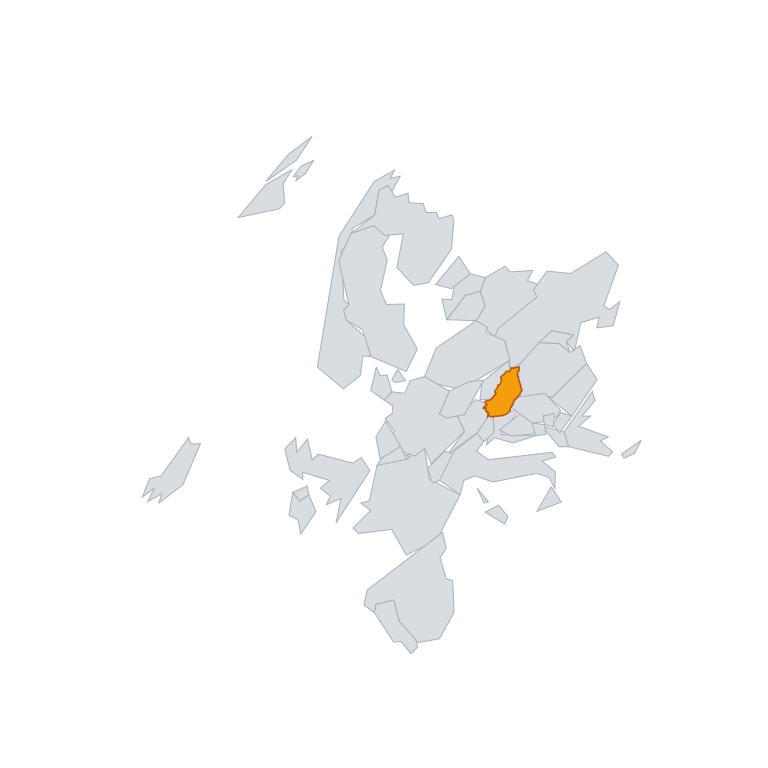 Europe, with Hungary highlighted, rotated 314°
{"feature_id": "HUN", "entity_name": "Hungary", "entity_type": "country or territory", "adm_level": 0, "iso_a3": "HUN", "parent_name": "Europe", "parent_adm1": "", "projection": "natural_earth1", "projection_center": [19.424, 47.153], "detail": "fine", "context": "in_parent", "style": "filled", "palette": "amber", "viewbox_px": 768, "rotation_deg": 314, "n_neighbors": 37, "source": "natural_earth", "source_scale": "50m", "svg_char_len": 10010}
<svg xmlns="http://www.w3.org/2000/svg" viewBox="0 0 768 768"><g transform="rotate(314 384 384)"><path d="M402.6,163.5L445.0,160.4L474.5,169.0L458.1,172.2L445.3,186.7L437.2,187.0L402.6,163.5ZM544.7,251.4L527.0,256.0L529.6,249.4L520.1,245.7L499.2,259.9L473.8,253.1L464.0,262.1L450.3,260.6L416.7,296.7L416.5,303.9L409.0,303.7L403.7,312.9L405.2,342.8L394.7,355.5L389.7,349.3L373.5,361.0L352.3,358.2L349.9,324.3L459.0,249.0L522.7,236.3L545.4,243.1L536.4,245.5L544.7,251.4ZM512.1,160.3L484.1,165.5L447.5,158.3L483.0,155.7L512.1,160.3ZM495.7,178.0L481.1,181.4L469.3,179.4L473.9,177.3L469.8,174.7L483.4,173.0L495.7,178.0Z" fill="#d9dde1" stroke="#a8b0b8" stroke-width="1"/><path d="M320.6,435.5L365.7,458.2L346.9,482.8L357.2,515.7L307.8,530.5L276.4,518.7L284.8,490.5L258.8,469.6L258.8,461.7L283.8,462.2L282.3,450.1L289.8,454.6L320.6,435.5ZM367.9,538.8L373.8,523.2L371.7,541.0L367.9,538.8Z" fill="#d9dde1" stroke="#a8b0b8" stroke-width="1"/><path d="M394.7,355.5L408.3,331.0L403.7,312.9L409.0,303.7L416.5,303.9L441.3,265.8L469.5,255.6L490.7,266.6L494.0,284.9L481.2,287.7L475.3,300.3L448.7,316.6L442.9,330.5L455.7,343.1L440.3,356.9L432.3,383.6L408.5,391.3L394.7,355.5Z" fill="#d9dde1" stroke="#a8b0b8" stroke-width="1"/><path d="M530.9,382.9L552.9,389.3L552.4,397.0L569.1,412.2L557.9,415.1L562.5,425.4L552.8,433.6L494.6,430.9L493.7,406.4L510.3,402.5L517.6,388.7L530.9,382.9Z" fill="#d9dde1" stroke="#a8b0b8" stroke-width="1"/><path d="M594.0,494.4L607.0,496.4L585.1,508.5L572.2,498.0L581.6,492.3L564.8,483.0L539.9,498.2L541.0,485.9L550.9,486.1L538.7,467.8L506.7,471.9L483.1,464.5L498.1,443.1L494.6,430.9L503.0,427.6L552.8,433.6L555.5,426.0L578.5,422.9L593.1,441.5L633.3,451.9L632.2,470.2L593.1,487.7L594.0,494.4Z" fill="#d9dde1" stroke="#a8b0b8" stroke-width="1"/><path d="M493.7,406.4L496.6,419.2L491.7,421.3L499.0,440.2L488.8,458.1L433.7,443.2L416.9,416.1L417.5,408.0L446.1,396.6L493.7,406.4Z" fill="#d9dde1" stroke="#a8b0b8" stroke-width="1"/><path d="M440.1,467.8L431.7,483.3L419.9,486.0L376.4,478.7L405.8,474.8L411.8,459.7L436.1,460.6L440.1,467.8Z" fill="#d9dde1" stroke="#a8b0b8" stroke-width="1"/><path d="M521.3,466.7L538.7,467.8L550.9,486.1L541.0,485.9L536.0,496.2L534.6,481.9L521.3,466.7Z" fill="#d9dde1" stroke="#a8b0b8" stroke-width="1"/><path d="M536.0,496.2L547.9,498.3L539.5,515.6L491.1,514.3L467.5,489.3L492.1,468.0L521.3,466.7L534.6,481.9L536.0,496.2Z" fill="#d9dde1" stroke="#a8b0b8" stroke-width="1"/><path d="M517.6,388.7L510.3,402.5L493.7,406.4L473.8,384.4L504.2,380.9L517.6,388.7Z" fill="#d9dde1" stroke="#a8b0b8" stroke-width="1"/><path d="M523.2,369.5L530.9,382.9L517.6,388.7L504.2,380.9L473.8,384.4L485.3,366.7L491.7,374.3L506.1,364.5L523.2,369.5Z" fill="#d9dde1" stroke="#a8b0b8" stroke-width="1"/><path d="M527.7,349.2L523.2,369.5L499.4,366.3L491.4,352.1L527.7,349.2Z" fill="#d9dde1" stroke="#a8b0b8" stroke-width="1"/><path d="M417.5,408.0L424.2,435.9L400.9,444.8L411.8,459.7L405.8,474.8L359.6,473.2L365.7,458.2L353.7,456.2L349.2,446.3L349.9,428.0L357.2,424.0L360.2,408.7L368.5,410.4L374.3,405.2L372.6,395.4L383.9,395.2L391.7,405.4L404.7,400.5L417.5,408.0Z" fill="#d9dde1" stroke="#a8b0b8" stroke-width="1"/><path d="M488.5,509.8L491.1,514.3L539.5,515.6L535.3,534.2L491.5,541.5L488.5,509.8Z" fill="#d9dde1" stroke="#a8b0b8" stroke-width="1"/><path d="M522.2,608.1L508.2,612.3L497.3,608.3L498.9,603.6L522.2,608.1ZM474.7,546.9L523.3,539.1L518.7,547.2L498.3,548.7L504.4,554.8L488.8,553.4L501.6,582.1L493.4,579.1L493.9,595.7L488.0,595.8L467.1,560.3L474.7,546.9Z" fill="#d9dde1" stroke="#a8b0b8" stroke-width="1"/><path d="M474.7,546.9L467.1,560.3L460.5,553.5L463.4,526.7L474.7,546.9Z" fill="#d9dde1" stroke="#a8b0b8" stroke-width="1"/><path d="M436.4,485.2L460.4,498.9L429.2,503.5L452.2,529.0L431.2,517.8L421.9,500.7L411.3,500.0L436.4,485.2Z" fill="#d9dde1" stroke="#a8b0b8" stroke-width="1"/><path d="M377.5,474.2L383.6,485.4L356.9,493.1L346.5,487.7L353.4,474.0L377.5,474.2Z" fill="#d9dde1" stroke="#a8b0b8" stroke-width="1"/><path d="M347.0,446.7L349.9,453.4L345.7,452.7L347.0,446.7Z" fill="#d9dde1" stroke="#a8b0b8" stroke-width="1"/><path d="M350.6,439.1L345.7,452.7L320.6,435.5L341.2,432.0L350.6,439.1Z" fill="#d9dde1" stroke="#a8b0b8" stroke-width="1"/><path d="M358.5,410.9L350.6,439.1L327.4,433.4L340.3,415.0L358.5,410.9Z" fill="#d9dde1" stroke="#a8b0b8" stroke-width="1"/><path d="M212.9,535.6L220.1,531.2L235.4,541.0L223.9,560.3L226.5,577.4L218.0,591.1L208.7,590.7L210.7,575.3L205.1,570.1L212.9,535.6Z" fill="#d9dde1" stroke="#a8b0b8" stroke-width="1"/><path d="M221.8,588.2L223.9,560.3L235.4,541.0L220.1,531.2L212.9,535.6L211.1,523.0L224.2,515.1L318.0,529.1L309.3,542.7L298.0,545.1L287.2,563.8L290.2,570.1L268.6,592.9L239.3,600.9L221.8,588.2Z" fill="#d9dde1" stroke="#a8b0b8" stroke-width="1"/><path d="M252.1,406.8L245.1,423.7L218.2,428.3L226.4,417.3L223.7,406.7L242.7,393.7L241.2,404.8L252.1,406.8Z" fill="#d9dde1" stroke="#a8b0b8" stroke-width="1"/><path d="M384.4,481.0L412.9,485.2L413.8,495.1L400.0,497.4L401.8,511.4L451.5,552.3L450.8,558.3L438.3,551.3L439.8,568.3L427.6,579.3L431.5,567.6L425.5,555.7L389.2,530.4L381.2,513.3L370.1,508.4L357.2,515.7L353.4,490.8L384.4,481.0ZM398.7,582.5L426.2,575.7L422.2,593.5L398.7,582.5ZM362.2,545.8L376.5,550.7L374.7,565.3L367.0,568.2L362.2,545.8Z" fill="#d9dde1" stroke="#a8b0b8" stroke-width="1"/><path d="M383.9,395.2L372.6,395.4L370.1,379.1L390.6,366.9L387.5,375.5L392.6,380.0L383.9,395.2ZM404.1,383.5L401.4,397.1L393.1,391.3L392.2,387.0L404.1,383.5Z" fill="#d9dde1" stroke="#a8b0b8" stroke-width="1"/><path d="M252.1,406.8L241.2,404.8L242.7,393.7L257.4,399.7L252.1,406.8ZM276.8,411.7L264.0,386.9L259.0,391.8L256.6,376.6L268.3,357.8L284.1,357.7L274.2,368.7L291.1,367.4L279.7,385.0L288.0,385.6L305.4,416.7L315.2,418.7L311.9,434.0L250.7,446.0L271.8,432.5L257.2,426.5L266.2,423.3L264.8,410.7L276.8,411.7Z" fill="#d9dde1" stroke="#a8b0b8" stroke-width="1"/><path d="M209.7,280.6L206.6,286.8L213.5,293.4L171.9,309.3L142.0,304.7L150.5,300.4L135.5,295.7L149.7,291.0L134.7,288.7L153.1,281.1L162.9,287.6L209.7,280.6Z" fill="#d9dde1" stroke="#a8b0b8" stroke-width="1"/><path d="M412.9,485.2L433.3,481.4L436.4,485.2L425.7,496.6L411.9,496.1L412.9,485.2Z" fill="#d9dde1" stroke="#a8b0b8" stroke-width="1"/><path d="M529.6,249.4L526.3,262.5L537.9,268.8L531.6,276.0L541.0,286.9L536.5,295.1L543.8,302.4L541.1,308.7L552.9,315.4L550.4,320.5L527.8,338.9L487.6,345.5L475.4,336.7L476.8,312.3L505.4,293.6L491.4,281.2L490.7,266.6L469.5,255.6L499.2,259.9L520.1,245.7L529.6,249.4Z" fill="#d9dde1" stroke="#a8b0b8" stroke-width="1"/><path d="M487.0,457.4L481.3,465.6L447.5,471.7L439.3,464.0L453.4,453.1L487.0,457.4Z" fill="#d9dde1" stroke="#a8b0b8" stroke-width="1"/><path d="M424.2,435.9L445.1,443.8L455.9,453.0L417.9,463.1L403.0,452.5L400.9,444.8L424.2,435.9Z" fill="#d9dde1" stroke="#a8b0b8" stroke-width="1"/><path d="M453.2,527.1L435.1,511.9L431.0,499.0L460.2,503.0L461.0,517.1L453.2,527.1Z" fill="#d9dde1" stroke="#a8b0b8" stroke-width="1"/><path d="M486.4,530.7L491.5,541.5L471.0,544.3L472.3,533.7L486.4,530.7Z" fill="#d9dde1" stroke="#a8b0b8" stroke-width="1"/><path d="M455.6,491.7L467.5,489.3L488.9,506.1L487.8,529.2L479.4,531.6L472.7,520.3L467.9,525.4L458.9,517.6L455.6,491.7Z" fill="#d9dde1" stroke="#a8b0b8" stroke-width="1"/><path d="M466.3,527.8L460.2,535.6L452.2,529.0L458.9,517.6L466.3,527.8Z" fill="#d9dde1" stroke="#a8b0b8" stroke-width="1"/><path d="M470.9,535.8L466.3,527.8L471.2,520.9L481.1,526.8L470.9,535.8Z" fill="#d9dde1" stroke="#a8b0b8" stroke-width="1"/><path d="M483.5,464.7L484.3,464.6L484.5,464.7L484.7,465.2L484.9,465.6L485.1,466.0L485.4,466.3L486.0,466.5L486.8,466.9L487.3,467.6L488.1,468.0L488.3,467.9L488.9,467.9L489.0,468.1L489.5,468.4L489.7,468.8L489.6,469.1L489.7,469.5L489.8,469.6L489.6,469.9L488.2,471.2L487.6,471.6L487.2,471.7L486.6,471.5L486.0,471.6L485.4,471.9L484.9,472.0L484.5,472.3L484.0,473.1L483.4,473.7L482.8,474.1L482.5,474.4L482.5,475.6L482.1,475.9L481.7,476.3L481.4,476.6L480.7,478.4L480.2,478.9L479.7,479.4L479.6,479.8L479.6,480.2L479.0,481.2L478.3,482.1L478.1,482.5L478.3,483.0L477.6,483.7L477.2,483.9L476.8,484.1L476.6,484.5L476.3,485.4L476.3,485.8L476.4,486.2L475.7,486.4L475.6,486.8L475.4,487.4L475.2,487.6L474.5,488.0L472.7,487.9L472.1,488.0L471.9,488.3L471.8,488.6L471.6,488.8L471.2,489.1L470.8,489.2L469.9,488.9L468.0,489.2L467.7,489.5L467.4,489.3L467.0,489.1L465.0,488.9L464.3,489.1L463.3,489.0L462.3,488.8L461.6,489.0L461.0,489.7L460.7,490.0L460.4,490.1L459.9,490.4L459.5,490.6L458.9,490.8L458.3,490.8L457.8,490.5L457.6,490.6L457.5,490.9L457.2,491.1L456.5,491.4L456.3,491.4L456.2,491.4L455.7,491.6L454.7,491.8L454.2,491.7L453.4,492.7L453.1,492.9L452.3,493.2L451.6,493.3L451.0,493.2L450.8,493.2L448.2,493.2L446.9,492.9L446.0,492.5L445.5,492.1L445.2,491.6L444.5,491.3L443.5,491.2L442.7,490.7L442.1,489.8L441.3,489.1L440.3,488.6L439.5,487.9L439.0,487.0L437.9,486.2L436.4,485.4L436.0,485.3L435.9,485.0L435.1,484.1L434.8,483.8L434.9,483.3L434.7,483.0L434.5,482.9L434.3,482.2L434.2,481.7L434.0,481.4L432.4,481.3L433.8,480.2L434.5,479.8L435.2,479.9L435.5,479.8L435.6,479.6L435.7,479.2L435.8,478.9L435.8,478.5L435.8,478.3L435.4,478.3L435.2,477.4L435.4,477.1L435.6,476.9L435.4,475.9L435.5,475.5L436.1,475.5L436.6,475.3L437.0,475.0L437.1,474.7L437.5,474.1L437.2,473.3L435.4,472.8L435.3,472.6L435.7,472.4L436.2,472.0L436.4,471.8L436.8,471.8L437.2,471.9L438.1,472.5L438.4,472.5L438.7,472.4L439.0,472.3L440.0,472.4L440.8,472.2L440.6,471.6L440.6,471.2L440.5,470.8L440.6,470.4L440.9,470.1L441.0,469.5L441.5,469.0L442.6,469.0L442.8,469.2L444.3,470.3L445.6,471.1L446.7,471.6L448.2,471.6L449.9,471.6L452.7,471.5L454.8,471.4L454.9,471.2L455.2,470.7L455.0,470.2L455.0,469.7L455.4,469.1L456.4,468.5L459.4,468.3L461.1,467.9L461.3,467.3L461.9,466.8L462.4,466.7L463.1,466.9L464.0,467.4L464.7,467.7L465.1,467.5L466.6,466.7L468.4,465.9L469.5,463.8L469.7,463.4L471.0,463.2L472.8,463.2L473.8,463.5L474.5,463.6L475.6,463.6L477.2,463.1L477.8,463.2L478.2,463.5L478.7,463.8L479.0,464.1L479.3,464.6L479.4,464.8L479.6,465.0L480.0,465.4L480.4,465.4L483.3,464.9L483.5,464.7Z" fill="#f59e0b" stroke="#b45309" stroke-width="1.5"/></g></svg>